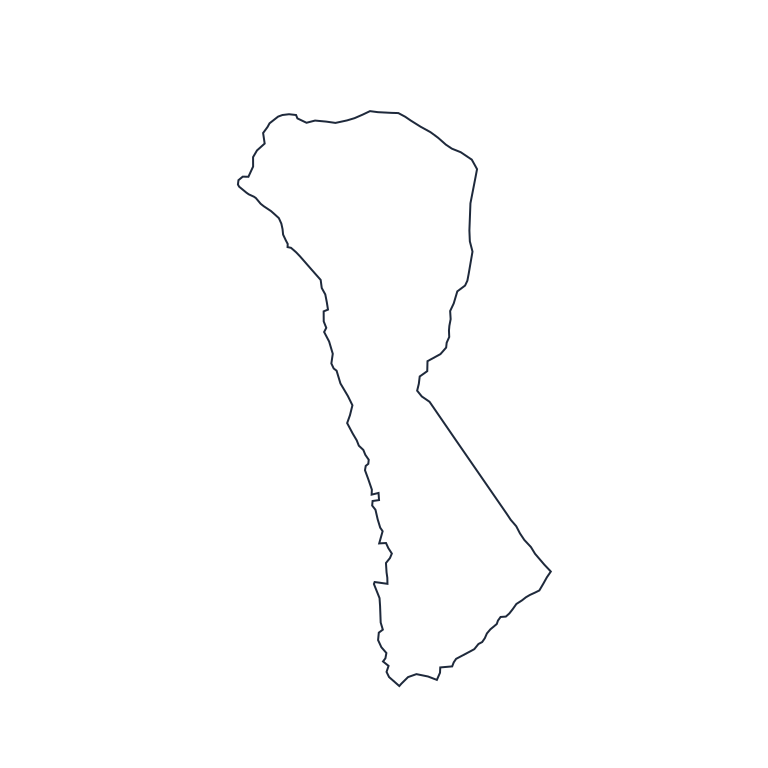 Neo Chorio Pafou, Paphos, Cyprus (Robinson projection), rotated 217°
{"feature_id": "46923920B91112583307672", "entity_name": "Neo Chorio Pafou", "entity_type": "district", "adm_level": 2, "iso_a3": "CYP", "parent_name": "Cyprus", "parent_adm1": "Paphos", "projection": "robinson", "projection_center": [32.33, 35.056], "detail": "fine", "context": "isolated", "style": "outline", "palette": "slate", "viewbox_px": 768, "rotation_deg": 217, "n_neighbors": 0, "source": "geoboundaries", "source_scale": "gbopen_adm2", "svg_char_len": 2458}
<svg xmlns="http://www.w3.org/2000/svg" viewBox="0 0 768 768"><g transform="rotate(217 384 384)"><path d="M620.7,455.4L618.4,454.4L613.4,454.2L609.0,454.0L606.1,454.1L600.6,455.3L598.3,455.4L591.0,453.7L587.0,453.6L578.3,454.1L573.2,453.7L567.8,453.2L562.5,450.3L558.2,446.6L554.5,442.6L548.8,439.6L545.2,437.9L543.4,435.3L540.2,436.8L533.4,436.3L527.9,435.4L510.8,431.8L497.2,429.0L491.5,423.2L484.8,420.2L478.9,414.9L473.5,409.7L475.9,405.7L469.8,397.7L463.9,394.1L463.1,389.5L453.4,384.9L443.1,377.3L438.4,368.7L433.5,366.1L429.9,366.1L419.1,358.2L405.5,352.6L396.4,348.0L392.4,338.6L389.9,330.6L379.2,325.6L371.9,322.6L367.0,319.6L360.8,318.9L356.3,316.2L350.6,314.3L348.5,310.8L349.3,307.6L347.3,303.7L339.4,298.6L330.1,292.3L327.3,288.2L322.8,293.7L318.1,288.3L322.7,283.7L320.3,279.8L315.1,278.4L307.6,272.1L300.6,267.0L296.5,265.6L291.9,253.8L286.7,258.2L281.7,255.5L275.7,253.3L274.5,248.6L274.7,242.2L268.6,235.1L264.7,231.2L261.0,226.5L272.3,220.2L271.7,218.2L258.7,210.3L253.5,204.3L243.1,191.5L237.1,187.1L238.5,182.3L234.6,175.9L227.7,172.2L220.2,170.6L217.8,165.8L217.8,161.8L210.7,161.6L208.7,155.6L203.6,153.0L190.0,152.0L189.8,155.0L188.4,164.4L183.5,171.8L172.8,176.9L163.7,179.5L165.5,187.1L168.5,191.5L159.6,199.5L160.8,203.7L161.0,207.9L154.3,222.2L152.3,226.6L152.1,233.2L150.3,237.0L150.5,241.7L151.7,246.7L151.4,252.1L149.5,260.2L150.6,263.6L150.7,268.1L146.7,271.6L145.8,276.2L145.7,281.6L145.9,288.0L143.6,294.2L142.3,299.1L140.5,303.4L137.9,308.2L135.7,312.6L136.6,320.5L137.6,327.7L137.9,334.6L138.3,334.7L147.2,336.2L161.2,339.3L168.5,342.2L178.1,343.9L185.5,346.5L192.8,350.0L201.1,351.8L207.3,354.0L294.6,383.0L336.9,397.2L346.3,396.8L353.5,398.6L356.3,405.1L360.0,411.5L357.2,420.3L363.0,428.4L356.9,441.9L356.3,450.5L358.8,454.7L360.2,460.8L364.3,465.8L366.8,469.8L369.8,475.9L375.1,482.1L376.8,490.3L381.2,502.1L378.5,511.4L379.6,516.7L382.6,522.8L387.5,532.3L393.0,543.0L401.3,549.6L408.2,558.0L423.7,580.3L435.2,603.9L439.0,611.6L448.9,616.0L462.2,615.3L471.4,612.8L478.6,612.4L489.1,613.2L498.4,613.1L509.6,611.5L521.3,610.5L527.9,610.2L535.6,609.0L541.1,605.1L552.5,597.4L559.4,593.5L563.2,586.2L567.5,578.6L572.2,572.2L579.9,563.3L588.2,558.7L597.6,552.9L603.1,546.0L613.0,544.0L616.1,545.9L622.2,542.3L627.0,537.7L629.5,533.8L632.3,523.3L631.7,519.3L631.6,511.7L624.0,504.2L626.0,494.1L625.1,486.4L619.4,478.9L617.0,467.9L621.6,464.6L622.9,459.2L620.7,455.4Z" fill="none" stroke="#1e293b" stroke-width="2"/></g></svg>